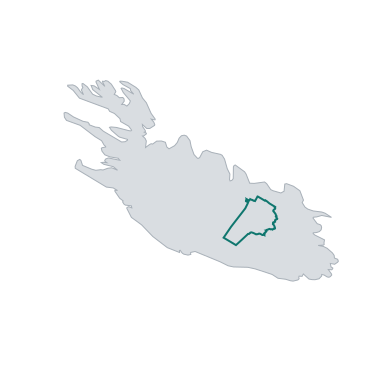 Skútustaðahreppur, Norðurland eystra, Iceland (highlighted), rotated 33°
{"feature_id": "244011B58365339597746", "entity_name": "Skútustaðahreppur", "entity_type": "district", "adm_level": 2, "iso_a3": "ISL", "parent_name": "Iceland", "parent_adm1": "Norðurland eystra", "projection": "natural_earth1", "projection_center": [-16.6, 65.112], "detail": "fine", "context": "in_parent", "style": "outline", "palette": "teal", "viewbox_px": 384, "rotation_deg": 33, "n_neighbors": 0, "source": "geoboundaries", "source_scale": "gbopen_adm2", "svg_char_len": 7109}
<svg xmlns="http://www.w3.org/2000/svg" viewBox="0 0 384 384"><g transform="rotate(33 192 192)"><path d="M294.9,143.1L298.3,143.3L303.9,141.9L311.8,138.1L315.2,137.3L322.8,137.3L313.6,141.0L310.1,145.0L307.6,147.0L307.6,147.9L314.2,150.4L317.3,149.6L318.7,149.9L320.0,151.1L320.9,153.4L320.4,155.8L318.5,158.2L315.9,160.2L316.3,160.9L318.4,161.2L329.2,160.0L330.5,163.0L331.4,163.9L331.2,164.9L326.9,168.1L331.9,166.1L336.0,165.6L342.9,166.6L345.7,167.7L347.4,169.8L350.8,169.1L352.4,170.3L352.4,171.5L351.0,174.9L346.9,176.6L349.4,179.1L351.5,179.1L351.8,179.7L351.6,181.1L348.5,182.8L353.7,184.8L354.4,185.5L354.1,187.6L353.3,188.9L351.7,189.6L348.0,189.7L345.7,190.5L346.5,191.9L345.8,195.6L342.9,198.6L340.2,200.2L337.5,201.3L330.0,200.1L330.3,202.7L327.6,204.3L328.2,205.7L329.1,206.4L328.7,208.1L325.3,211.7L322.9,212.8L318.0,214.2L311.1,217.5L304.1,217.5L286.8,222.1L279.9,224.7L267.7,232.2L262.5,234.2L253.7,235.2L227.0,240.2L224.0,243.2L223.8,243.8L225.0,245.0L223.0,247.1L219.0,248.6L217.1,248.6L213.8,247.3L213.3,247.9L214.6,249.5L201.6,252.1L183.5,250.7L167.6,247.0L155.0,246.3L146.2,241.2L145.9,240.4L146.9,238.8L150.2,238.1L148.7,236.6L143.2,239.3L141.5,239.2L139.2,238.1L139.1,237.0L134.7,236.6L127.0,233.4L126.4,232.6L128.3,231.5L128.0,231.3L123.7,231.5L117.5,234.5L81.2,235.7L80.0,234.1L78.8,228.2L80.1,225.8L81.6,226.0L85.7,229.3L95.5,227.5L99.5,226.2L103.3,223.0L105.4,222.0L108.5,217.9L111.5,215.4L117.7,214.3L112.2,213.6L103.0,216.8L99.9,216.8L101.4,215.4L104.6,213.8L102.4,213.7L101.6,213.0L101.6,211.4L103.3,209.0L114.2,204.7L111.7,203.9L104.1,207.2L98.7,208.3L94.3,206.8L92.2,204.8L92.4,203.9L95.1,201.3L94.7,200.8L92.9,200.6L88.2,198.2L80.6,198.4L61.9,197.0L47.7,200.3L44.3,198.8L41.7,195.5L42.3,194.3L44.8,193.5L51.7,193.6L62.0,192.1L66.7,190.2L68.5,190.7L69.3,191.6L75.6,190.2L79.0,188.5L84.6,189.3L105.7,188.4L108.6,186.2L109.7,183.6L109.3,183.0L101.4,185.4L99.7,185.4L90.7,184.1L87.6,182.7L88.7,181.5L93.5,179.0L105.8,174.9L107.5,174.0L107.7,173.0L103.0,171.3L93.8,171.8L91.6,169.7L84.1,168.4L79.0,169.2L76.4,167.9L46.5,174.6L37.0,171.5L30.1,171.0L29.6,170.1L33.7,167.1L36.5,166.6L39.2,166.9L44.4,168.9L48.0,169.5L43.6,166.6L43.5,163.7L42.1,163.0L40.8,161.1L41.4,160.4L46.9,160.8L55.4,164.1L59.7,163.5L65.3,161.4L53.0,160.2L49.3,157.6L52.1,156.3L58.5,156.4L51.5,152.0L51.2,151.2L52.5,149.2L61.4,150.9L56.8,148.3L56.7,147.7L58.1,147.2L58.9,145.6L61.1,144.9L65.6,145.5L72.5,148.6L73.5,149.4L73.6,152.5L76.4,152.0L79.7,152.5L82.5,150.4L84.3,150.9L85.7,152.8L85.4,156.9L87.3,155.5L90.6,155.4L91.3,151.9L90.7,149.2L80.2,146.0L76.1,143.7L76.6,142.9L78.7,142.2L89.9,141.7L85.2,140.3L84.0,138.9L75.6,139.5L71.3,138.9L71.3,138.2L73.0,137.2L78.2,135.0L87.9,134.8L91.8,135.4L99.2,140.1L105.1,142.0L115.0,148.4L121.4,150.9L121.7,151.5L120.6,152.2L118.1,153.1L121.9,154.2L124.2,155.9L124.3,156.6L122.0,161.7L119.5,163.4L113.6,162.4L115.0,164.1L119.2,165.8L120.1,166.8L119.4,167.8L121.5,167.5L122.1,168.0L121.1,171.0L120.0,172.0L123.5,172.6L125.9,174.1L128.8,180.0L130.5,175.4L131.4,173.8L132.9,173.2L134.7,168.5L138.8,165.8L142.6,164.8L146.4,168.0L149.2,168.3L152.2,162.6L152.7,158.4L151.9,153.9L152.5,150.6L154.5,148.6L157.0,148.0L162.3,150.0L166.7,154.5L173.3,159.5L178.0,160.7L178.8,160.6L179.7,159.0L179.1,152.4L181.4,149.0L186.9,148.1L195.4,144.9L197.3,144.8L201.4,146.7L208.8,153.2L214.0,156.3L216.7,161.1L217.9,162.0L219.1,160.5L219.3,158.3L213.0,148.3L212.9,146.9L213.5,145.8L225.1,146.4L227.6,147.5L235.6,153.2L239.5,150.9L247.4,144.1L250.0,144.3L256.7,147.1L259.3,146.8L267.1,144.4L268.8,141.2L265.5,134.8L266.8,133.5L274.0,131.9L281.8,132.2L289.9,138.1L290.2,140.9L294.9,143.1Z" fill="#d9dde1" stroke="#a8b0b8" stroke-width="1"/><path d="M258.0,159.0L257.9,159.6L252.8,159.8L251.8,159.9L250.1,159.9L249.4,160.1L249.8,165.2L249.2,165.3L249.2,165.5L248.8,165.7L248.3,165.8L247.6,165.8L247.3,165.7L246.9,165.8L246.8,166.0L245.2,166.2L245.0,166.3L244.7,166.3L244.8,166.9L244.2,167.6L244.3,167.7L244.4,167.8L244.5,167.8L244.6,168.0L243.7,168.6L243.0,168.7L242.9,168.7L242.7,168.7L242.6,168.4L242.4,168.3L242.3,168.2L242.2,168.2L241.9,168.2L241.8,168.3L241.7,168.3L241.8,168.4L241.8,168.5L241.7,168.6L241.7,168.8L241.9,169.4L241.9,169.7L242.1,169.9L242.3,170.3L244.7,170.1L244.9,171.0L245.0,171.6L245.6,176.7L245.3,180.6L244.2,193.7L243.7,199.9L243.4,213.1L257.8,212.6L259.8,204.9L261.7,197.2L261.7,196.9L261.8,196.7L262.0,196.5L262.2,196.4L262.3,196.3L262.5,196.2L262.8,195.8L262.8,195.5L262.9,195.3L263.0,195.0L263.1,194.7L263.0,194.4L263.1,194.2L263.4,193.9L263.5,193.8L263.7,193.6L264.0,193.4L264.4,193.3L264.8,193.2L265.2,193.1L265.4,193.0L265.8,193.0L266.2,192.9L266.6,192.8L266.9,192.8L267.6,192.7L268.0,192.7L268.4,192.7L268.5,192.7L268.8,192.6L268.9,192.4L269.0,192.4L269.3,192.2L269.5,192.0L269.7,191.9L269.8,191.8L269.9,191.7L270.1,191.4L270.3,191.2L270.5,191.0L270.6,190.9L270.6,190.7L271.0,190.5L271.2,190.2L271.3,190.1L271.5,190.0L272.0,189.9L272.3,189.9L272.9,189.8L273.4,189.8L274.0,189.7L274.2,189.8L274.3,189.8L274.5,189.7L274.9,189.4L275.2,189.2L275.3,189.0L275.3,188.9L275.4,188.7L275.5,188.7L275.8,188.7L275.6,188.5L275.8,188.3L275.9,188.2L275.6,188.0L275.4,188.0L275.1,187.8L275.0,187.7L275.1,187.3L275.2,187.2L275.3,187.0L275.3,186.9L275.3,186.7L275.5,186.6L275.5,186.4L275.6,186.2L275.6,185.9L275.6,185.6L275.4,185.2L275.5,185.0L275.5,184.9L275.6,184.7L275.8,184.6L275.8,184.4L275.7,184.3L275.7,184.2L275.4,183.9L275.3,183.7L275.2,183.7L275.3,183.6L275.2,183.5L275.2,183.4L275.5,183.3L275.6,183.1L275.6,182.8L275.6,182.7L275.8,182.5L275.9,182.4L276.0,182.2L276.4,181.8L276.5,181.6L276.6,181.4L276.9,180.9L277.0,180.8L277.3,180.7L277.5,180.7L278.2,180.5L278.3,180.5L278.4,180.4L278.5,180.2L278.8,180.0L279.0,179.9L279.8,179.7L280.0,179.7L280.1,179.4L280.2,179.2L280.2,178.9L280.4,178.7L280.4,178.4L280.5,178.3L280.6,178.2L280.8,178.1L281.0,178.1L281.3,177.9L281.3,177.7L281.4,177.4L281.0,177.1L280.8,177.0L280.8,176.9L280.9,176.7L280.7,176.5L280.1,176.1L279.9,175.9L279.7,175.8L279.3,175.5L279.2,175.4L278.4,175.1L277.7,175.0L277.5,174.9L277.4,174.9L277.3,174.7L277.1,174.3L277.0,174.2L276.9,174.1L276.8,173.9L276.8,173.7L276.7,173.6L276.7,173.3L276.7,173.1L276.8,173.0L277.0,173.0L277.4,173.0L277.4,172.9L277.3,172.7L277.4,172.4L277.4,172.2L277.5,172.0L277.7,171.9L277.8,171.8L277.9,171.7L277.7,171.4L277.6,171.2L277.5,170.9L277.4,170.9L277.2,170.7L277.3,170.5L277.2,170.4L277.3,170.3L277.3,170.1L277.3,169.9L277.2,169.6L277.3,169.5L277.3,169.4L277.5,169.1L277.8,168.8L277.9,168.6L278.0,168.5L278.0,168.3L278.1,168.2L278.0,167.9L277.8,167.8L277.7,167.8L277.1,167.5L276.7,167.4L276.3,167.2L276.0,167.0L275.8,166.9L275.9,166.7L276.0,166.4L275.7,166.3L275.6,166.2L275.6,165.9L275.1,165.7L274.8,165.6L274.4,165.3L274.3,165.1L274.2,165.0L273.7,164.8L272.4,164.3L272.2,164.3L272.1,164.2L271.9,164.1L271.6,164.0L270.9,163.9L270.7,163.8L270.5,163.7L270.4,163.6L270.3,163.2L270.2,162.6L270.2,162.3L270.4,162.1L270.5,161.9L270.6,161.7L270.7,161.4L270.8,161.1L270.8,160.9L270.8,160.6L270.7,160.4L270.2,160.1L269.9,160.0L269.9,159.9L270.0,159.8L270.1,159.7L270.1,159.4L270.0,159.2L263.1,159.4L259.9,159.0L258.0,159.0Z" fill="none" stroke="#0f766e" stroke-width="2"/></g></svg>